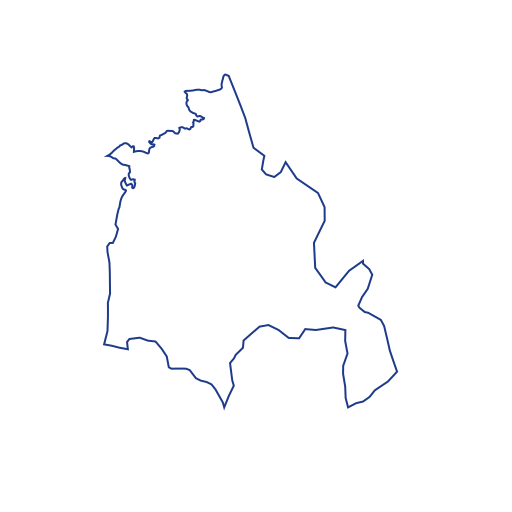 Idjevan, Tavush, Armenia, rotated 296°
{"feature_id": "60910142B98300575929889", "entity_name": "Idjevan", "entity_type": "district", "adm_level": 2, "iso_a3": "ARM", "parent_name": "Armenia", "parent_adm1": "Tavush", "projection": "equal_earth", "projection_center": [45.144, 40.867], "detail": "fine", "context": "isolated", "style": "outline", "palette": "blue", "viewbox_px": 512, "rotation_deg": 296, "n_neighbors": 0, "source": "geoboundaries", "source_scale": "gbopen_adm2", "svg_char_len": 5196}
<svg xmlns="http://www.w3.org/2000/svg" viewBox="0 0 512 512"><g transform="rotate(296 256 256)"><path d="M106.0,293.8L118.6,292.9L129.7,292.9L133.9,289.1L146.1,281.1L148.4,279.6L154.4,281.1L158.3,281.1L167.8,284.5L174.6,281.9L184.5,286.0L194.1,290.2L199.4,297.4L199.4,308.8L196.7,321.3L200.9,330.8L211.9,332.3L215.7,342.2L225.6,356.7L228.6,368.8L218.7,373.4L208.5,381.0L195.5,382.5L188.3,385.9L177.6,393.5L167.7,398.8L160.3,405.1L167.7,410.6L172.1,416.0L177.0,418.7L179.3,419.9L187.4,421.7L193.1,425.0L201.0,429.6L213.9,433.5L221.1,426.2L229.6,417.8L238.8,410.4L249.3,401.8L253.3,396.2L254.1,382.3L254.2,382.0L253.3,378.2L254.9,371.6L256.2,369.7L265.6,369.3L271.4,370.2L275.6,370.8L290.1,368.7L293.5,364.0L293.8,363.7L296.0,355.6L298.5,354.3L283.5,346.1L267.8,342.4L262.7,341.2L262.7,330.2L265.6,325.0L271.3,314.4L293.3,302.3L317.8,302.3L330.0,296.2L339.8,284.1L343.5,258.6L353.3,241.5L342.3,241.5L335.0,237.8L333.8,229.3L336.3,223.3L344.8,220.8L349.7,219.6L352.2,206.3L364.4,195.4L370.9,189.7L375.5,185.7L377.3,183.7L383.9,176.7L393.6,166.1L406.0,152.4L405.8,151.7L405.8,150.8L405.8,149.3L405.3,148.5L404.0,148.1L402.5,148.1L400.7,148.6L398.7,148.9L397.3,149.3L396.1,149.5L394.7,150.0L392.6,151.5L391.4,151.5L391.1,151.3L389.8,150.6L388.2,148.9L386.5,147.2L384.7,145.0L383.4,143.7L382.9,142.2L382.9,140.9L382.8,139.4L382.6,138.3L382.5,136.8L381.8,135.7L381.1,134.3L380.7,132.3L379.7,130.3L379.5,129.9L378.1,128.0L376.9,126.5L375.2,123.6L374.0,121.2L373.2,120.2L372.4,119.9L372.0,120.7L371.7,121.4L371.5,122.5L371.0,123.1L370.1,123.8L368.9,124.1L367.4,124.5L366.8,125.2L366.7,125.9L366.0,126.5L365.2,126.1L364.4,126.1L363.1,126.3L362.0,127.0L361.0,128.0L360.5,128.7L360.3,129.7L359.6,130.5L358.9,131.1L358.3,131.8L357.8,132.3L357.4,133.4L357.1,134.3L357.1,135.6L356.9,136.9L357.1,137.4L357.2,137.9L357.2,138.9L357.1,140.0L356.4,140.4L355.9,141.2L355.7,142.1L356.2,142.9L356.6,143.4L357.0,143.6L357.3,144.5L357.3,145.8L357.1,146.9L357.1,147.9L357.2,148.8L356.5,149.0L355.6,148.5L354.9,147.6L354.4,146.6L353.6,146.5L353.1,146.7L352.1,146.4L351.8,145.5L351.7,143.7L351.6,142.4L351.5,141.1L351.1,140.5L350.5,140.7L349.6,141.0L348.4,140.9L348.1,141.5L347.2,142.0L346.3,142.2L345.2,142.8L344.5,142.6L344.0,142.2L343.6,141.3L342.2,141.2L341.6,141.2L341.2,141.2L340.6,140.7L340.4,140.0L340.4,139.4L340.4,139.2L340.4,138.3L340.2,137.3L339.7,136.8L339.3,136.0L339.5,135.0L339.5,134.0L339.4,133.0L338.5,131.8L337.4,130.9L336.8,131.6L336.0,132.2L334.5,132.4L334.1,132.4L333.5,132.5L331.7,132.1L331.3,131.1L330.9,129.6L331.1,128.7L331.7,127.4L331.7,126.3L331.4,125.3L330.8,124.0L330.6,123.6L330.4,122.9L329.8,121.7L329.2,121.0L328.5,121.0L327.2,120.6L326.6,120.4L325.0,119.2L323.4,118.1L322.2,116.9L321.2,117.0L320.0,117.4L319.0,116.7L318.5,115.8L318.4,115.2L318.4,114.9L318.0,113.9L317.6,113.1L316.6,112.9L315.5,112.9L313.8,112.9L312.7,112.7L312.5,112.2L312.5,111.3L312.5,109.9L311.7,109.9L311.4,110.7L310.8,111.9L310.7,113.0L310.7,113.8L311.5,115.0L311.5,115.8L311.4,115.8L310.2,116.2L309.2,115.8L309.0,115.5L308.4,114.8L307.2,113.7L306.3,113.3L305.4,113.3L304.7,113.5L304.1,113.6L302.9,114.1L301.8,114.4L301.0,114.1L300.6,113.4L300.5,112.0L300.5,110.5L300.4,108.8L300.0,107.1L299.5,105.7L298.5,103.7L297.2,101.8L296.1,100.6L296.8,100.3L297.9,99.9L298.7,99.4L299.7,99.1L300.4,98.5L301.0,97.9L300.7,97.3L300.0,97.0L299.1,96.6L299.4,95.3L299.9,93.7L300.0,93.4L300.4,92.3L300.5,90.7L300.3,89.5L299.8,88.6L299.0,87.7L297.8,87.1L297.6,87.1L296.8,86.4L295.8,85.4L295.0,85.3L294.2,85.0L292.4,83.8L290.6,83.1L289.2,82.4L287.7,81.8L285.4,81.1L283.6,80.3L282.1,79.4L280.8,78.5L281.2,79.4L281.4,80.3L281.7,81.5L281.6,83.0L281.3,84.9L281.6,85.8L282.0,86.9L281.8,87.9L281.3,89.4L280.4,92.1L280.0,93.4L279.8,95.0L279.7,96.3L280.0,97.0L280.2,97.8L280.6,99.0L280.7,100.0L280.9,101.1L281.2,102.0L281.2,102.8L280.6,103.1L279.8,103.3L278.7,104.4L276.5,105.8L275.7,106.0L274.6,105.5L273.8,105.7L272.5,106.4L271.3,107.5L270.1,109.1L269.7,110.1L269.9,110.7L270.7,111.2L271.0,111.9L271.3,112.8L271.5,113.5L271.0,113.8L270.1,113.8L269.8,114.1L269.3,114.4L268.7,114.8L268.5,115.5L267.7,115.8L267.4,115.9L266.0,116.2L264.5,116.4L263.5,116.2L263.0,115.8L263.1,114.9L263.5,114.5L264.5,114.2L265.3,113.8L265.8,113.4L266.0,112.9L266.2,112.0L265.5,111.4L264.9,110.9L264.3,110.3L263.6,109.8L262.8,109.1L263.1,108.4L263.5,108.1L263.8,107.6L264.4,106.8L265.1,105.9L265.9,105.2L266.5,104.7L267.8,104.6L268.8,104.3L268.5,103.9L267.1,103.4L265.4,103.3L264.2,102.8L262.9,102.7L261.4,103.3L260.4,104.0L258.5,106.1L257.9,107.1L257.9,108.5L258.2,109.6L257.9,110.4L257.0,110.6L255.4,110.4L252.9,109.9L249.9,109.6L247.4,109.9L245.2,110.3L242.6,111.1L240.8,111.6L239.8,111.9L238.2,111.9L232.6,113.1L222.7,115.9L219.8,120.2L216.3,120.8L212.0,121.6L205.0,121.6L203.5,118.8L199.3,118.1L194.3,120.9L185.8,127.2L176.6,132.1L158.2,141.3L149.0,143.4L143.4,146.2L136.2,149.7L126.6,154.0L123.5,155.4L110.0,158.2L112.2,166.0L113.6,173.0L116.0,181.7L122.2,177.8L123.5,178.1L125.9,178.6L131.6,187.3L132.5,195.8L135.1,203.2L131.2,212.0L126.6,219.8L117.8,226.4L117.6,229.2L120.5,235.1L124.0,242.3L124.4,246.4L119.8,255.6L119.8,261.1L121.1,266.9L121.1,272.2L120.0,274.6L118.3,278.1L109.9,290.3L106.0,293.8Z" fill="none" stroke="#1e3a8a" stroke-width="2"/></g></svg>